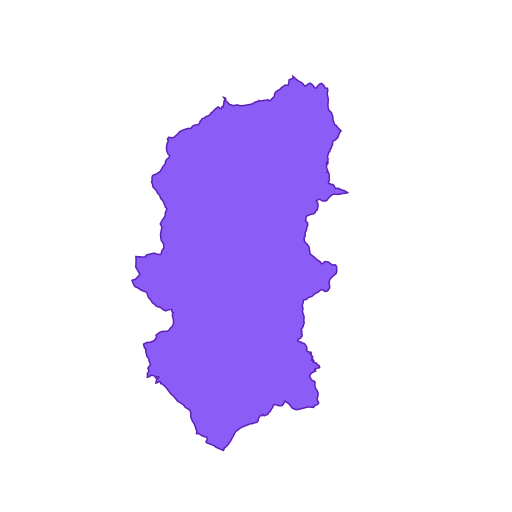 Vama Buzaului, Brasov, Romania, rotated 221°
{"feature_id": "2599482B50417013546573", "entity_name": "Vama Buzaului", "entity_type": "district", "adm_level": 2, "iso_a3": "ROU", "parent_name": "Romania", "parent_adm1": "Brasov", "projection": "albers", "projection_center": [25.997, 45.566], "detail": "fine", "context": "isolated", "style": "filled", "palette": "violet", "viewbox_px": 512, "rotation_deg": 221, "n_neighbors": 0, "source": "geoboundaries", "source_scale": "gbopen_adm2", "svg_char_len": 6112}
<svg xmlns="http://www.w3.org/2000/svg" viewBox="0 0 512 512"><g transform="rotate(221 256 256)"><path d="M355.9,375.3L356.0,374.0L357.6,371.6L358.3,369.2L359.2,367.4L364.3,361.1L366.9,358.7L368.4,358.3L369.6,357.4L371.9,354.4L373.8,353.9L375.1,353.0L380.9,353.5L382.5,355.1L384.3,354.5L382.2,353.7L381.8,352.2L378.6,347.1L379.6,346.5L378.9,344.2L381.0,343.6L381.6,343.9L382.6,343.4L382.5,342.9L382.9,341.6L383.4,337.7L383.3,336.0L383.8,334.6L383.4,332.4L384.4,329.6L385.2,328.7L385.4,327.0L386.8,323.6L386.4,322.7L386.6,321.0L385.8,319.6L385.8,317.2L388.3,314.2L388.8,313.2L389.1,311.0L388.8,309.5L391.1,307.6L393.3,303.9L395.2,299.9L395.0,297.0L395.9,291.5L396.6,290.3L398.0,289.6L399.2,288.3L399.9,288.2L399.5,286.1L397.7,285.4L397.0,282.8L394.9,279.2L392.4,276.8L389.3,275.3L387.0,274.9L386.5,274.4L386.2,273.0L386.7,271.1L386.8,269.6L386.4,267.9L385.3,267.0L385.0,266.1L384.9,262.3L383.9,257.8L383.9,255.8L384.6,254.4L384.7,253.0L386.4,250.1L386.8,248.8L385.7,246.6L384.1,245.1L383.7,243.6L380.6,241.9L379.1,240.5L374.3,240.1L371.3,238.8L368.7,238.6L365.5,236.9L362.3,236.5L357.6,234.3L356.6,233.4L354.5,233.3L353.6,231.8L352.9,229.3L350.9,226.7L350.0,220.3L349.3,217.4L345.9,216.0L342.5,209.9L339.5,207.0L337.5,205.5L333.9,204.6L330.9,201.7L330.4,197.8L329.2,195.9L329.0,194.6L331.5,192.6L334.7,191.4L338.9,185.7L339.4,184.2L338.7,183.4L338.9,182.8L339.9,181.6L346.3,176.8L343.6,174.0L339.4,168.7L331.7,166.0L331.5,164.3L331.7,159.8L331.9,158.8L333.2,157.4L333.5,156.2L329.2,154.0L326.8,153.5L324.8,154.3L319.6,155.0L315.7,156.6L314.1,156.6L310.2,154.2L306.4,153.7L304.1,152.9L302.2,152.7L300.5,153.3L299.6,152.7L297.2,153.1L294.2,154.6L291.3,154.5L288.2,155.3L286.1,158.9L284.6,160.2L282.7,158.7L281.3,158.9L280.5,156.5L276.1,153.4L273.9,150.6L273.1,148.3L273.3,145.3L273.1,142.7L273.7,140.6L276.5,138.5L278.4,135.7L279.6,130.7L277.7,129.3L277.4,126.5L277.5,124.8L278.8,122.6L278.9,121.9L281.6,119.2L283.1,115.7L279.9,113.5L278.0,113.4L277.1,112.1L272.6,108.8L269.1,107.9L268.0,106.8L264.7,105.0L264.3,104.6L264.2,101.0L263.9,100.3L261.4,99.1L260.9,96.1L260.4,95.3L259.5,95.0L258.6,93.2L257.3,95.0L257.0,97.0L255.1,98.5L253.9,98.8L251.4,98.2L251.5,100.0L250.2,101.0L249.9,100.8L249.7,97.3L248.3,94.4L247.3,95.8L247.6,96.0L246.2,98.4L244.0,97.2L243.3,97.8L238.6,97.9L229.9,96.1L226.5,96.2L219.8,95.0L214.7,96.0L211.9,95.9L210.5,95.4L204.7,96.2L202.5,94.9L199.5,91.7L196.9,90.2L192.5,88.7L189.8,87.4L188.1,86.1L186.1,85.3L184.3,82.9L182.8,84.4L178.0,85.1L174.3,86.9L173.1,86.3L172.3,84.8L171.9,83.0L171.0,82.6L163.3,85.4L160.8,85.4L153.0,87.9L153.8,90.1L153.3,95.1L153.7,97.8L153.6,98.8L156.2,110.0L154.8,116.4L153.1,120.0L149.8,126.3L148.6,127.1L148.0,128.6L146.2,131.1L146.3,133.2L147.4,134.5L148.0,137.7L147.6,138.8L146.9,139.2L147.2,140.5L146.9,141.0L145.0,140.7L143.2,144.5L143.8,145.6L143.3,147.9L144.0,150.9L144.0,152.4L145.0,154.7L144.6,156.2L140.3,158.1L138.4,159.9L138.0,161.9L138.8,164.6L138.8,165.7L136.8,165.6L134.7,166.1L128.6,165.0L124.9,166.3L123.1,168.4L117.7,176.2L113.1,179.6L113.8,180.8L112.4,183.9L112.1,185.8L112.9,186.7L114.9,187.3L116.4,188.6L116.8,189.1L117.1,190.6L119.1,193.2L121.2,194.4L123.7,195.0L126.1,196.2L128.7,199.5L130.0,199.7L132.1,199.0L133.7,199.1L136.9,200.7L137.4,203.4L136.9,205.4L136.4,205.9L136.5,207.5L135.5,208.1L135.8,208.5L137.1,208.6L137.0,209.4L137.3,209.5L134.8,213.6L135.3,214.1L136.6,214.7L138.8,214.2L139.6,214.4L139.9,214.9L141.2,214.0L142.3,214.3L142.5,213.8L143.2,213.4L144.0,214.2L144.0,214.7L144.9,214.3L144.6,214.8L144.9,215.2L146.3,214.7L146.7,215.2L146.5,215.9L147.0,217.1L147.7,217.3L148.4,216.9L149.2,217.7L150.4,217.4L150.9,217.8L150.4,218.7L151.3,219.4L154.3,217.7L156.7,218.3L156.5,219.0L157.2,220.0L159.9,221.3L162.6,221.6L164.1,220.4L165.1,220.8L167.3,219.6L169.2,219.7L169.3,221.4L168.5,222.8L168.9,224.3L168.6,224.9L168.6,225.7L169.6,226.9L170.6,227.2L171.5,228.9L173.6,230.0L173.6,231.0L174.2,233.1L174.1,234.1L174.9,234.8L175.9,237.5L177.1,238.0L179.8,241.7L184.4,244.4L186.3,247.5L187.7,248.0L188.0,248.7L189.1,249.7L189.7,251.6L191.0,253.6L191.2,254.2L189.7,255.9L189.3,256.8L189.3,258.7L188.7,260.1L187.4,261.9L186.8,266.3L186.5,267.3L185.7,268.4L184.9,272.9L183.1,274.5L181.9,274.2L180.5,274.7L179.4,275.8L179.1,276.7L179.3,279.4L179.9,280.9L183.2,283.7L184.3,285.3L184.8,286.9L184.9,289.8L184.0,295.4L185.4,297.9L188.3,300.9L190.2,301.4L191.6,300.3L192.0,299.5L192.7,299.3L197.4,298.9L200.2,297.2L200.5,296.4L200.7,294.2L201.6,293.1L203.8,293.8L207.8,293.2L211.4,293.4L216.4,293.0L222.0,297.7L225.5,298.5L228.2,298.6L230.1,299.7L231.8,301.5L231.6,302.2L231.8,302.9L234.3,306.1L235.0,308.7L236.7,311.5L237.1,313.2L237.6,313.2L238.6,314.8L241.4,315.1L242.2,315.6L242.0,315.9L243.2,317.3L244.0,319.2L241.9,323.7L240.3,325.4L239.8,327.3L240.2,328.8L240.2,331.2L242.3,334.9L244.4,336.6L246.6,337.0L246.4,338.4L245.2,340.6L241.6,341.3L239.5,343.4L239.0,344.3L239.3,347.9L238.8,351.6L238.2,353.1L237.6,354.0L234.1,356.6L231.5,360.1L229.0,362.7L228.4,364.0L232.4,363.2L234.5,362.1L238.5,361.0L240.5,359.0L243.1,360.3L244.2,360.4L245.2,360.3L245.4,359.6L248.0,359.0L248.7,358.4L249.3,358.7L250.0,359.8L250.2,361.2L254.8,366.0L256.2,366.5L257.2,366.1L256.8,366.8L260.6,368.9L263.6,372.1L264.2,373.3L263.9,373.7L262.6,373.0L263.0,373.9L264.4,375.1L265.4,376.7L266.7,377.3L267.5,378.5L269.1,381.9L268.8,383.3L269.8,384.8L270.0,386.8L271.1,388.8L271.1,390.0L272.8,392.1L273.2,393.3L273.1,394.1L272.2,395.4L272.0,399.4L273.4,402.4L274.0,405.7L273.8,406.2L280.1,406.7L280.9,407.2L282.2,406.8L283.4,407.0L287.2,409.3L289.8,411.8L293.4,413.8L296.1,413.8L298.3,414.8L300.6,416.9L304.2,421.7L308.2,424.7L309.1,425.7L310.4,428.1L312.2,429.4L314.0,428.1L316.7,429.3L319.8,429.3L320.9,427.2L320.9,422.2L321.3,421.6L322.4,421.5L325.2,422.2L328.4,422.1L329.1,421.1L330.3,416.7L330.9,416.2L334.4,416.9L339.6,415.8L345.9,415.8L344.9,414.9L345.1,413.3L346.4,411.4L346.6,410.5L345.5,409.3L343.7,405.8L346.3,403.9L346.8,400.6L347.3,400.0L347.2,397.9L348.8,393.1L348.4,390.7L347.2,389.0L346.9,388.0L347.3,383.3L347.1,382.5L347.9,381.8L349.8,381.7L350.5,380.2L352.8,377.9L353.8,376.1L355.9,375.3Z" fill="#8b5cf6" stroke="#5b21b6" stroke-width="1.5"/></g></svg>